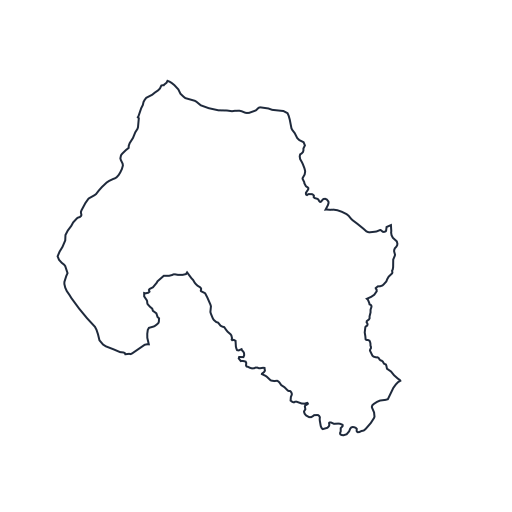 the district of Balsas, El Oro, Ecuador, rotated 294°
{"feature_id": "8360857B29129198314993", "entity_name": "Balsas", "entity_type": "district", "adm_level": 2, "iso_a3": "ECU", "parent_name": "Ecuador", "parent_adm1": "El Oro", "projection": "robinson", "projection_center": [-79.838, -3.774], "detail": "fine", "context": "isolated", "style": "outline", "palette": "slate", "viewbox_px": 512, "rotation_deg": 294, "n_neighbors": 0, "source": "geoboundaries", "source_scale": "gbopen_adm2", "svg_char_len": 6099}
<svg xmlns="http://www.w3.org/2000/svg" viewBox="0 0 512 512"><g transform="rotate(294 256 256)"><path d="M201.2,437.9L201.7,435.4L203.2,430.6L205.4,426.3L206.3,421.5L208.8,419.7L209.7,418.8L209.7,416.7L211.1,414.8L211.5,413.3L211.3,412.2L211.7,411.0L212.6,409.7L212.9,408.3L212.3,407.1L212.1,405.9L211.9,404.3L212.3,402.9L215.9,398.6L217.2,398.3L218.5,398.5L219.7,398.0L220.6,397.1L222.8,396.0L223.9,395.1L224.8,394.1L224.8,392.5L224.2,390.9L224.5,390.0L227.2,388.5L230.4,386.4L235.6,384.8L237.0,385.3L237.6,385.9L239.0,385.7L239.7,385.1L240.4,384.0L241.6,383.7L244.0,385.0L245.3,385.1L247.0,384.3L251.0,383.6L253.5,382.5L256.2,382.2L257.2,381.9L258.0,380.8L258.0,379.4L259.2,378.5L261.6,376.0L262.0,374.7L265.5,377.8L268.7,379.8L272.9,380.6L274.4,379.8L274.9,378.7L275.4,378.4L277.9,379.7L278.8,381.7L280.5,383.5L281.8,384.1L285.7,385.4L288.2,385.3L291.1,385.6L295.5,387.4L296.4,387.3L297.9,386.3L299.3,386.4L301.6,385.8L308.6,382.8L312.7,382.7L313.7,382.5L316.4,380.3L317.7,379.8L319.5,379.7L321.5,380.4L323.2,380.6L324.7,380.2L326.6,378.7L328.3,373.6L330.1,371.4L332.2,370.0L333.9,369.4L339.1,366.7L335.6,363.5L332.2,364.5L331.4,364.5L330.6,363.8L330.0,363.0L329.7,362.0L330.4,359.3L330.3,358.9L327.4,356.1L326.4,354.5L323.7,349.9L323.4,348.4L323.4,346.8L324.6,343.1L326.6,335.7L328.0,329.6L328.7,327.7L330.4,324.3L331.1,321.7L331.3,316.4L330.9,311.7L329.9,308.1L328.3,304.8L327.1,301.4L326.7,300.7L331.8,301.0L334.0,300.7L335.2,300.0L336.4,297.7L336.4,296.0L335.7,294.7L334.9,294.1L332.1,293.3L331.5,292.7L331.5,292.3L332.1,291.0L332.8,290.2L333.2,289.1L332.8,285.9L333.3,284.7L334.6,284.4L334.9,284.0L335.3,282.5L335.1,281.5L334.0,279.0L333.2,278.2L332.4,277.8L332.5,276.8L333.3,276.2L334.1,275.9L338.1,276.6L339.3,276.2L339.7,275.4L340.0,273.4L340.3,272.9L342.1,270.6L343.0,270.1L345.5,267.1L346.3,266.9L350.2,267.3L353.0,266.6L353.9,266.1L355.8,264.6L358.8,261.6L360.2,260.0L362.5,256.9L364.8,255.4L366.8,255.0L368.3,256.0L370.1,256.6L371.7,256.4L373.5,255.6L376.9,255.7L379.3,253.2L379.5,248.4L380.5,245.7L384.0,241.4L385.9,237.9L387.0,236.5L394.4,231.3L397.4,228.8L399.3,226.7L399.6,222.1L396.1,211.3L395.8,207.3L393.6,199.6L392.9,198.5L391.8,197.8L389.2,196.8L388.1,195.8L383.9,191.4L382.8,189.1L382.5,187.7L382.4,184.0L382.0,181.9L380.1,177.7L378.5,175.2L377.1,170.3L373.8,162.4L371.8,152.6L371.2,144.2L372.7,138.8L372.9,137.0L371.5,127.2L372.1,124.9L373.5,121.0L376.6,117.3L378.9,111.9L379.8,108.5L380.1,106.2L380.0,103.9L377.9,103.8L375.0,102.3L374.5,102.3L373.8,100.9L373.2,100.2L369.9,100.1L367.5,99.2L364.1,97.1L361.1,95.6L355.9,91.4L353.4,90.8L351.0,90.6L347.9,91.2L344.4,91.0L335.7,91.8L334.7,91.6L334.2,92.9L325.7,95.8L324.0,96.0L319.9,95.4L313.8,95.6L307.7,94.7L305.0,94.9L302.9,95.7L299.9,94.1L295.4,92.3L293.8,91.8L292.7,91.8L290.0,92.4L288.7,93.5L286.1,96.6L284.5,97.6L281.0,98.1L277.3,98.0L274.1,97.6L271.1,96.6L269.4,95.4L268.4,94.3L264.9,91.3L262.4,89.7L256.4,87.2L252.0,85.8L247.5,84.7L245.8,83.7L240.7,79.9L240.0,79.6L235.0,78.6L226.8,78.0L225.2,78.1L224.3,78.5L222.5,79.8L221.5,79.9L219.9,79.2L218.7,77.8L217.6,77.1L212.3,75.3L208.4,75.0L202.7,73.7L197.7,73.4L192.6,75.4L185.6,75.5L180.2,74.8L175.0,74.9L172.4,77.6L170.8,81.2L170.0,84.3L169.2,85.8L163.7,90.8L160.6,90.8L154.4,91.5L152.5,92.3L149.5,94.6L147.0,97.4L144.5,101.5L142.5,104.4L136.0,115.8L130.5,126.8L125.8,137.7L123.7,140.3L120.2,143.5L115.3,147.3L112.9,152.3L112.4,155.6L112.8,164.0L112.9,170.9L113.9,174.0L114.0,175.5L113.1,176.6L115.0,179.8L115.4,181.4L116.7,182.5L129.6,190.4L131.0,192.3L131.7,194.0L137.0,190.0L140.7,188.3L144.5,187.2L146.8,187.4L149.7,190.9L150.6,191.8L152.8,193.1L154.6,193.9L155.3,194.1L156.4,194.0L159.6,192.8L160.2,190.9L163.1,188.3L164.0,184.1L165.7,182.6L166.5,179.8L167.9,176.6L168.8,175.8L170.3,175.0L171.1,174.3L173.6,170.3L176.7,168.9L176.9,170.2L178.7,172.6L180.1,173.2L181.4,172.0L182.6,172.2L185.5,174.6L191.2,176.2L192.8,176.3L200.4,179.8L202.6,184.7L204.6,187.2L205.6,188.0L206.3,189.4L207.0,192.3L208.9,196.6L211.0,199.4L213.0,199.7L209.4,206.1L208.5,208.3L206.7,210.8L205.9,212.4L205.1,214.6L204.7,217.6L204.2,218.7L203.6,219.3L201.8,219.7L201.5,220.1L201.3,224.4L201.1,224.9L198.3,228.4L193.1,234.1L191.7,235.3L186.3,237.1L185.0,238.2L182.4,240.9L181.3,242.1L180.4,243.5L179.5,246.5L179.7,248.5L177.9,252.0L177.8,254.1L178.1,255.9L176.5,258.5L175.3,260.8L174.1,264.7L173.4,265.8L171.2,267.5L169.7,267.8L169.4,268.5L170.3,269.7L170.2,271.8L165.0,274.5L163.5,275.7L162.3,277.0L162.7,278.6L165.0,280.7L164.1,281.6L163.5,283.2L162.6,284.4L161.5,285.1L160.3,285.6L158.5,285.6L156.9,281.7L155.4,281.9L153.8,284.9L154.4,285.7L155.0,287.6L155.3,289.5L154.3,290.6L152.0,291.4L151.3,292.2L151.2,292.4L151.5,293.7L151.4,295.8L151.6,297.5L151.8,298.3L152.8,300.1L153.8,300.9L154.6,302.6L154.6,304.0L155.0,305.2L156.8,308.0L157.2,309.3L154.8,310.8L153.1,310.5L150.9,309.3L150.5,309.4L150.4,313.4L150.1,315.0L148.4,319.8L148.4,320.6L149.2,323.6L150.6,326.0L150.5,327.4L150.0,328.8L148.3,331.6L147.7,335.4L146.3,339.0L145.9,340.4L146.5,342.1L146.4,342.6L145.7,343.8L144.9,344.6L143.9,345.1L141.4,345.2L138.0,346.4L137.5,348.6L137.7,350.2L138.8,351.0L139.4,352.3L139.8,357.7L140.9,360.5L142.7,362.6L142.6,362.9L142.1,363.5L140.8,362.8L139.6,361.8L138.5,361.8L136.1,363.4L133.6,363.1L133.0,363.4L131.7,364.6L130.7,366.6L130.4,370.0L131.3,372.0L132.8,373.1L134.3,373.9L135.9,377.3L135.6,378.7L134.7,379.9L132.7,380.6L131.3,381.4L127.0,384.3L125.7,385.7L125.0,387.1L125.0,387.4L128.1,391.1L130.0,391.8L130.6,391.8L131.5,391.7L133.1,390.7L133.4,390.7L133.8,390.9L134.4,392.1L134.4,395.5L136.4,399.4L136.9,401.0L137.0,403.7L136.5,404.1L135.7,404.3L133.2,403.4L130.3,404.7L128.4,404.8L127.4,405.6L127.3,406.0L127.3,407.1L127.8,408.8L130.0,411.3L133.7,412.4L136.7,412.3L138.2,412.8L139.1,413.9L139.5,415.3L139.6,416.9L139.1,418.3L137.1,419.1L136.6,419.7L136.4,420.6L137.2,422.0L139.1,423.6L139.8,424.7L140.8,425.7L142.9,426.6L150.1,428.8L156.0,429.7L157.4,429.6L161.1,427.5L164.8,423.5L165.6,423.1L167.0,423.0L168.8,423.8L172.0,425.9L174.4,428.1L177.3,432.9L178.8,434.7L191.4,435.1L195.6,436.0L198.6,437.1L200.7,438.6L201.2,437.9Z" fill="none" stroke="#1e293b" stroke-width="2"/></g></svg>